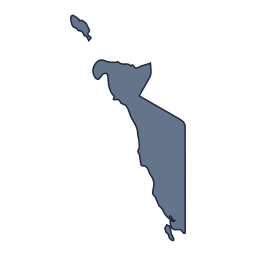 the border of Mindoro Occidental
{"feature_id": "PHL-2570", "entity_name": "Mindoro Occidental", "entity_type": "Province", "adm_level": 1, "iso_a3": "PHL", "parent_name": "Philippines", "parent_adm1": "", "projection": "equal_earth", "projection_center": [120.676, 13.012], "detail": "fine", "context": "isolated", "style": "filled", "palette": "slate", "viewbox_px": 256, "rotation_deg": 0, "n_neighbors": 0, "source": "natural_earth", "source_scale": "10m", "svg_char_len": 2181}
<svg xmlns="http://www.w3.org/2000/svg" viewBox="0 0 256 256"><path d="M185.2,232.5L185.0,233.2L183.5,233.2L181.3,230.3L179.9,229.6L173.8,229.6L172.1,228.3L170.6,225.2L170.1,221.4L170.8,217.9L171.4,220.0L172.3,221.2L173.5,221.4L174.9,220.6L174.1,220.1L173.5,220.2L172.8,220.6L172.2,218.3L172.2,217.9L170.2,215.9L169.5,216.2L169.5,218.8L167.9,217.6L165.9,215.4L164.1,212.9L162.9,210.0L160.4,206.9L159.6,206.5L159.0,205.7L154.9,196.3L153.6,195.2L152.7,193.8L152.9,190.7L153.9,185.2L153.8,182.6L153.2,180.0L152.3,177.7L149.7,173.7L148.0,169.1L146.6,167.1L144.4,165.9L142.5,165.9L141.1,165.2L140.5,162.1L140.4,160.7L139.9,158.2L139.8,156.7L139.5,155.2L137.9,151.7L138.0,150.5L138.4,149.7L138.9,148.9L139.2,148.1L139.3,146.9L139.0,140.6L138.1,136.5L137.2,129.2L135.5,125.1L131.2,117.4L128.0,108.9L125.8,105.3L121.1,103.2L119.3,100.3L117.7,99.4L114.3,99.8L113.3,99.1L114.4,96.7L111.8,93.5L109.9,89.8L108.7,85.5L107.9,76.3L107.2,74.1L106.0,73.2L105.3,73.3L103.5,73.7L102.9,74.1L102.1,74.8L101.7,75.5L101.3,76.2L100.9,76.9L98.9,79.0L97.8,79.3L96.2,78.6L95.0,77.2L93.9,75.3L93.2,73.1L92.9,70.9L93.3,67.9L94.4,65.2L96.0,62.9L97.8,61.2L100.1,60.1L102.4,60.0L109.1,62.1L115.0,62.4L116.2,62.2L117.3,61.8L118.3,61.9L120.2,63.4L121.2,63.7L123.1,64.1L126.9,64.0L129.2,64.5L130.5,66.0L132.1,64.9L133.3,65.5L135.1,67.8L136.8,68.0L138.3,67.5L141.2,66.0L149.9,63.4L150.4,63.0L150.5,63.8L151.0,70.3L150.9,73.7L150.2,76.4L139.2,95.9L180.0,119.3L183.6,122.1L185.1,125.4L185.2,232.5ZM88.5,35.7L89.3,36.3L90.1,36.5L90.6,36.9L90.9,38.4L89.2,40.1L88.8,40.7L88.2,39.6L87.5,38.1L86.7,36.7L85.8,36.1L84.4,35.8L83.8,34.8L83.5,33.7L82.8,32.5L81.8,31.6L80.8,31.1L79.8,30.8L78.5,30.7L77.9,30.3L76.7,28.5L73.5,27.1L72.0,24.8L71.1,21.7L70.8,18.5L70.9,17.1L71.3,16.1L72.1,15.5L73.1,15.4L74.5,16.1L76.9,17.7L79.0,19.5L79.5,20.9L80.9,20.3L82.8,20.8L84.7,22.1L86.2,23.5L89.5,30.3L89.0,31.8L88.1,32.9L87.7,34.0L88.5,35.7ZM172.3,235.5L173.5,238.4L173.8,239.8L173.4,240.4L172.6,240.6L171.6,240.1L170.7,239.1L169.8,238.5L169.1,237.3L168.7,235.4L167.7,233.6L166.0,232.3L164.8,228.3L166.8,224.8L169.6,226.2L170.5,229.2L171.2,233.6L171.7,234.7L172.1,235.2L172.3,235.5Z" fill="#64748b" stroke="#1e293b" stroke-width="1.5"/></svg>